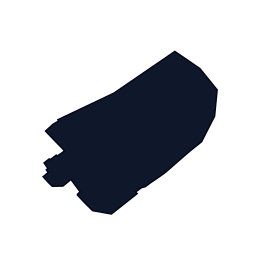 the district of Asunción Ocotlán, Oaxaca, Mexico, rotated 118°
{"feature_id": "50627088B10874491578506", "entity_name": "Asunción Ocotlán", "entity_type": "district", "adm_level": 2, "iso_a3": "MEX", "parent_name": "Mexico", "parent_adm1": "Oaxaca", "projection": "mercator", "projection_center": [-96.719, 16.762], "detail": "fine", "context": "isolated", "style": "filled", "palette": "ink", "viewbox_px": 256, "rotation_deg": 118, "n_neighbors": 0, "source": "geoboundaries", "source_scale": "gbopen_adm2", "svg_char_len": 855}
<svg xmlns="http://www.w3.org/2000/svg" viewBox="0 0 256 256"><g transform="rotate(118 128 128)"><path d="M217.5,120.2L211.7,102.3L181.6,89.1L180.9,91.3L178.6,90.1L175.3,88.6L173.5,87.3L173.0,86.6L171.8,85.3L170.3,84.5L166.1,82.6L159.9,79.3L155.4,77.0L150.8,74.7L148.8,73.8L133.5,68.0L124.9,64.7L118.8,62.3L105.6,56.6L76.9,57.1L52.5,67.2L41.8,92.4L38.4,122.6L103.8,156.8L153.6,193.8L154.5,192.6L154.9,192.8L156.0,193.5L158.7,195.2L159.8,195.9L169.4,199.4L170.3,196.8L175.0,182.4L176.4,177.9L177.9,173.4L180.6,174.5L185.9,177.3L185.9,177.6L185.6,178.6L192.4,181.8L192.3,183.1L198.2,185.7L201.4,179.7L203.3,180.5L203.7,179.7L204.7,177.5L210.8,180.1L211.0,179.7L213.8,171.8L215.0,167.5L209.8,158.2L200.2,154.2L204.0,146.3L206.9,140.3L210.0,141.5L210.9,141.3L214.6,130.4L217.6,120.4L217.5,120.2Z" fill="#0f172a" stroke="#020617" stroke-width="1.5"/></g></svg>